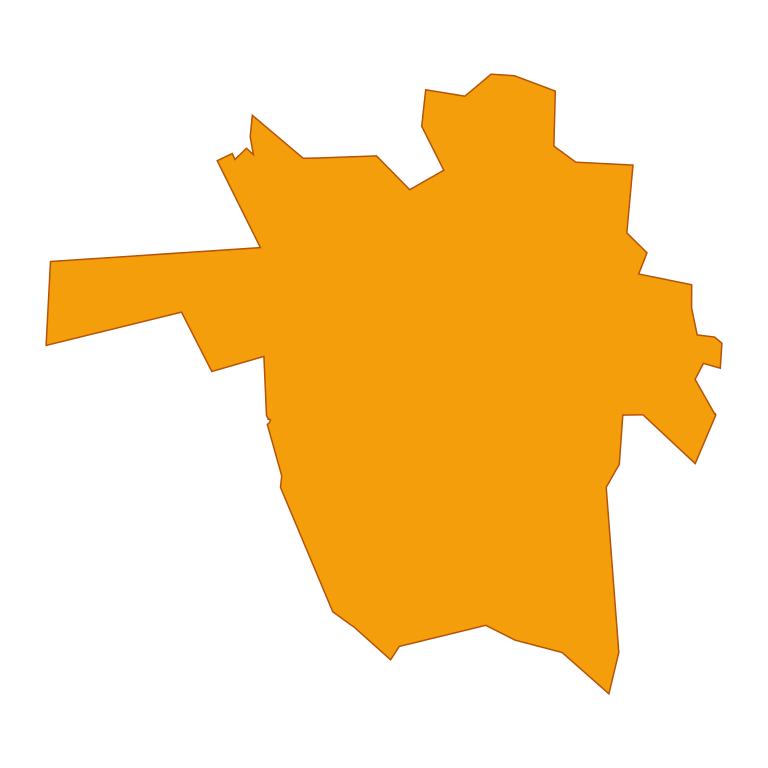 the district of Richmond, Virginia, United States of America
{"feature_id": "52423323B61032845323419", "entity_name": "Richmond", "entity_type": "district", "adm_level": 2, "iso_a3": "USA", "parent_name": "United States of America", "parent_adm1": "Virginia", "projection": "natural_earth1", "projection_center": [-77.473, 37.525], "detail": "fine", "context": "isolated", "style": "filled", "palette": "amber", "viewbox_px": 768, "rotation_deg": 0, "n_neighbors": 0, "source": "geoboundaries", "source_scale": "gbopen_adm2", "svg_char_len": 927}
<svg xmlns="http://www.w3.org/2000/svg" viewBox="0 0 768 768"><path d="M50.5,261.5L46.1,345.4L181.5,312.1L211.8,371.5L263.9,356.4L266.5,415.6L268.0,418.2L268.1,419.3L270.4,419.7L269.9,421.9L269.2,422.9L267.3,424.4L281.7,475.8L280.5,487.4L332.8,611.8L350.8,624.9L353.4,626.5L390.6,659.8L399.3,646.4L485.7,625.3L515.2,640.2L562.1,652.5L608.9,693.8L618.8,652.5L606.2,487.3L619.3,464.3L622.8,415.1L643.0,414.8L695.2,463.6L715.8,415.0L715.3,413.7L714.7,414.0L695.1,379.4L703.4,363.4L720.3,368.2L721.9,343.3L714.7,337.1L697.2,334.9L691.6,308.1L691.7,284.8L638.7,274.0L647.0,252.8L626.8,232.9L633.0,165.1L575.8,162.2L553.9,146.1L555.3,91.1L514.3,75.7L491.0,74.2L490.7,74.5L464.9,96.2L425.7,89.8L421.7,126.3L443.8,170.2L409.7,189.7L376.5,155.9L318.0,158.0L303.2,158.3L252.3,115.3L250.2,136.8L253.4,154.7L246.5,148.3L234.9,159.5L232.3,153.5L217.2,160.7L260.4,247.6L50.5,261.5Z" fill="#f59e0b" stroke="#b45309" stroke-width="1.5"/></svg>